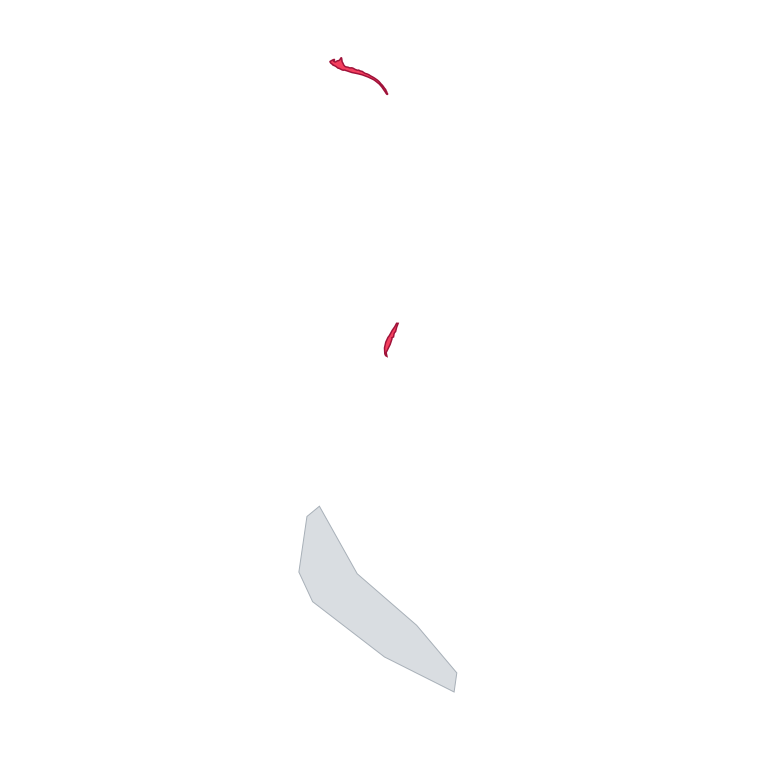 Funafala, Tuvalu shown in context, rotated 138°
{"feature_id": "33948139B32530222463199", "entity_name": "Funafala", "entity_type": "district", "adm_level": 2, "iso_a3": "TUV", "parent_name": "Tuvalu", "parent_adm1": "", "projection": "mercator", "projection_center": [179.105, -8.593], "detail": "fine", "context": "in_parent", "style": "filled", "palette": "rose", "viewbox_px": 768, "rotation_deg": 138, "n_neighbors": 0, "source": "geoboundaries", "source_scale": "gbopen_adm2", "svg_char_len": 2694}
<svg xmlns="http://www.w3.org/2000/svg" viewBox="0 0 768 768"><g transform="rotate(138 384 384)"><path d="M573.1,301.2L529.9,337.1L513.8,336.4L530.9,260.9L521.2,182.8L523.2,120.6L538.0,108.2L566.3,180.8L582.7,270.0L573.1,301.2Z" fill="#d9dde1" stroke="#a8b0b8" stroke-width="1"/><path d="M203.3,643.7L203.0,643.4L202.8,642.9L202.5,642.3L202.2,641.9L199.4,636.9L197.5,634.4L195.5,631.6L193.1,628.0L192.8,627.3L192.4,626.6L190.5,622.9L190.1,622.0L188.7,618.6L188.0,616.8L187.7,615.5L187.3,613.2L186.8,610.0L186.9,606.2L187.7,600.1L188.0,598.5L188.0,597.8L188.0,597.4L187.9,597.1L187.6,597.0L187.4,597.0L187.2,597.2L187.2,597.4L187.1,597.7L187.0,598.1L186.9,598.6L186.7,598.9L186.6,599.1L186.4,599.6L186.3,600.0L186.2,600.6L186.1,601.0L185.9,601.2L185.8,601.5L185.8,601.8L185.7,602.1L185.7,602.5L185.7,602.9L185.7,603.3L185.4,605.7L185.3,607.2L185.4,608.8L185.3,612.0L185.5,614.0L186.3,617.5L186.8,619.2L188.0,622.6L188.1,623.3L188.4,624.2L189.3,626.2L189.6,626.5L190.0,627.2L190.4,628.1L191.0,630.8L192.2,632.6L192.6,633.5L192.6,633.9L193.1,634.5L193.7,634.9L194.1,635.4L194.5,636.3L194.9,637.0L195.2,637.9L195.6,639.2L196.2,640.3L196.9,641.0L197.6,641.5L198.1,642.1L198.5,643.0L198.9,643.7L199.4,644.3L200.0,645.0L200.1,645.3L200.3,645.6L200.5,646.0L200.5,646.4L200.5,647.1L200.5,647.6L200.4,648.2L200.1,649.1L199.9,649.7L199.6,650.9L199.4,651.7L199.0,652.3L198.5,652.8L198.3,653.3L198.1,653.6L197.7,654.1L197.6,654.3L197.5,654.5L197.4,654.7L197.4,654.9L197.5,655.0L197.8,655.1L198.2,655.1L198.6,655.0L199.1,654.7L199.4,654.6L199.9,654.5L200.4,654.5L201.0,654.6L201.6,654.8L201.8,655.0L202.3,655.3L202.9,655.5L203.4,655.6L203.9,655.6L204.3,655.7L204.7,655.9L204.9,656.1L205.1,656.6L205.2,657.0L205.3,657.4L205.4,657.7L205.3,658.0L205.1,658.0L204.9,658.0L204.7,657.9L204.3,657.8L204.0,657.8L203.9,658.0L203.8,658.4L204.0,658.5L204.3,658.8L204.7,659.0L205.2,659.1L205.8,659.2L206.2,659.4L206.8,659.5L207.3,659.6L207.7,659.7L208.3,659.8L208.6,659.4L208.7,659.0L208.8,658.6L208.8,658.1L208.8,657.6L208.7,657.3L208.6,656.9L208.6,656.4L208.5,656.0L208.5,655.5L208.5,655.2L208.5,654.9L208.3,654.8L208.1,654.7L208.1,654.3L208.0,654.2L207.8,653.6L207.6,653.2L207.5,652.7L207.3,652.2L207.2,651.8L207.1,651.2L207.0,650.5L206.9,649.8L206.8,649.5L206.7,649.2L206.3,649.0L206.2,648.7L205.1,645.8L204.8,645.1L204.4,644.7L204.0,644.2L203.6,643.9L203.3,643.7ZM362.9,403.3L361.4,405.9L356.4,407.9L352.9,409.3L347.8,412.2L347.2,413.1L345.4,412.6L342.9,414.6L341.8,415.1L340.3,415.2L336.6,417.7L332.9,419.6L334.0,420.7L337.5,419.4L342.2,418.3L346.4,416.8L348.0,416.3L349.8,416.0L354.7,413.9L359.5,410.5L363.2,405.9L363.8,404.0L363.3,402.6L362.9,403.3Z" fill="#f43f5e" stroke="#9f1239" stroke-width="1.5"/></g></svg>